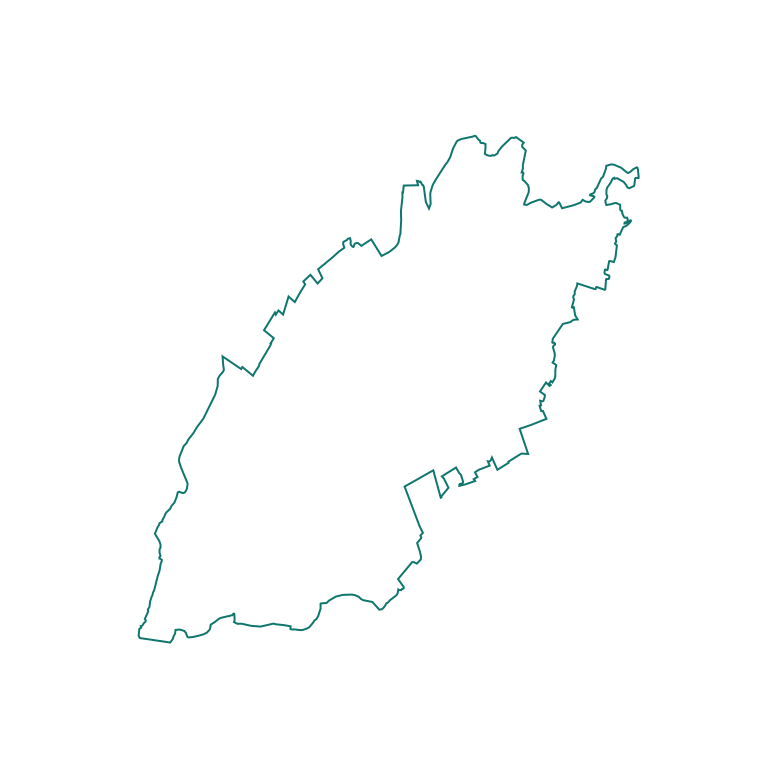 the district of Pasareni, Mures, Romania, rotated 77°
{"feature_id": "2599482B7077301459992", "entity_name": "Pasareni", "entity_type": "district", "adm_level": 2, "iso_a3": "ROU", "parent_name": "Romania", "parent_adm1": "Mures", "projection": "robinson", "projection_center": [24.7, 46.483], "detail": "fine", "context": "isolated", "style": "outline", "palette": "teal", "viewbox_px": 768, "rotation_deg": 77, "n_neighbors": 0, "source": "geoboundaries", "source_scale": "gbopen_adm2", "svg_char_len": 6152}
<svg xmlns="http://www.w3.org/2000/svg" viewBox="0 0 768 768"><g transform="rotate(77 384 384)"><path d="M587.8,650.5L584.9,647.1L582.4,645.7L580.3,643.8L576.7,642.4L577.3,638.3L579.7,634.1L582.0,633.0L586.1,632.4L586.9,631.7L587.5,627.7L587.6,621.8L587.3,616.4L586.5,612.7L584.3,609.3L582.8,608.3L579.5,607.0L578.0,602.7L575.6,597.5L575.2,595.6L575.1,587.9L575.4,587.1L575.0,585.2L575.2,583.9L573.9,582.2L574.3,581.6L578.7,582.3L581.5,583.1L582.3,583.7L584.7,580.7L585.5,576.8L589.9,567.5L592.6,558.8L592.6,545.6L593.8,543.4L596.4,535.8L599.1,529.5L601.7,530.3L602.5,528.8L603.2,525.7L604.9,521.2L605.4,518.9L605.0,514.7L604.2,511.5L600.5,506.7L598.8,505.0L597.9,502.8L595.1,500.2L588.7,496.4L583.8,495.2L583.6,494.8L584.4,489.3L582.6,486.1L580.3,478.7L580.2,472.1L580.5,470.0L582.0,462.6L583.2,459.9L585.6,456.5L588.2,454.9L589.9,453.0L593.8,444.3L602.9,439.3L603.0,437.3L602.3,435.3L600.4,432.9L598.4,431.2L597.8,429.3L595.9,426.6L592.8,419.7L591.2,417.9L587.5,416.3L588.1,415.9L588.7,413.5L587.9,412.7L587.7,411.0L586.4,410.4L577.2,414.2L563.8,396.5L564.5,394.7L566.4,392.4L563.3,387.7L560.8,386.8L555.7,386.7L546.4,387.5L542.6,382.5L541.9,382.2L539.8,382.6L537.8,379.6L530.6,381.3L488.6,387.0L479.2,355.4L507.5,354.3L507.3,353.6L506.6,353.7L499.6,344.5L489.3,347.0L487.0,348.4L481.6,332.6L487.8,330.7L489.8,329.5L496.9,328.9L497.7,329.1L498.6,330.4L498.4,332.5L498.8,333.1L500.2,333.5L500.1,327.0L499.0,317.0L496.9,318.0L495.6,313.8L490.5,315.2L488.9,310.9L487.3,299.4L482.7,300.2L483.2,298.8L482.9,298.0L482.2,297.0L479.9,295.4L493.1,292.8L488.8,280.3L487.7,280.3L482.7,265.8L484.6,259.3L458.2,261.9L457.0,250.3L454.5,233.6L446.1,235.2L445.8,236.9L440.1,237.3L440.1,235.8L435.5,235.6L436.5,233.7L436.3,232.5L433.2,230.5L430.9,229.7L426.4,233.7L419.0,225.8L423.1,223.2L422.5,221.8L420.7,223.0L418.7,220.7L420.3,219.6L417.2,216.5L415.0,215.4L408.3,213.7L404.2,211.9L401.1,214.9L399.4,213.2L394.9,211.2L392.6,210.8L386.1,211.1L384.7,210.1L384.0,208.5L383.3,208.3L382.1,208.8L381.9,210.2L381.4,210.7L377.8,209.3L365.7,196.2L365.6,188.3L364.6,186.5L364.1,184.6L364.7,180.8L360.2,182.3L352.3,181.8L351.8,181.9L352.1,183.3L351.6,183.7L344.4,179.9L342.1,180.1L341.0,179.7L339.5,178.0L336.6,177.3L331.8,173.8L329.5,173.0L339.1,157.0L339.0,156.4L337.5,155.6L337.3,155.0L341.9,147.7L341.4,147.0L332.2,144.2L331.7,143.7L332.2,141.7L332.0,141.1L329.7,140.1L329.0,140.3L326.5,143.9L325.6,144.2L322.5,143.2L322.2,142.6L323.2,141.1L322.8,140.4L315.0,137.0L314.9,136.4L315.3,135.5L316.9,132.7L312.7,130.0L301.4,125.9L299.7,127.2L299.0,127.3L298.4,126.4L297.1,125.6L293.9,125.5L292.4,123.5L290.7,122.9L290.7,121.9L291.6,120.8L284.9,115.6L284.4,112.2L282.1,108.1L280.6,106.6L280.1,106.7L279.9,107.3L281.7,111.8L281.9,112.9L281.7,113.6L280.8,113.2L280.7,110.9L280.1,110.3L278.9,109.6L277.7,109.6L276.6,109.7L276.1,112.0L275.3,112.6L271.3,113.5L270.6,113.2L268.6,113.3L268.3,114.2L267.3,114.6L262.5,113.6L260.0,116.8L259.6,118.3L259.9,122.3L259.6,127.1L256.6,127.3L255.0,127.0L253.4,125.2L251.3,124.2L249.0,124.6L245.0,123.6L242.7,122.2L239.0,118.0L235.4,115.1L234.9,113.3L235.9,113.1L235.9,110.6L240.9,105.1L244.1,103.5L247.2,102.5L248.0,101.8L248.4,101.0L247.3,95.9L246.4,95.3L240.3,93.1L239.8,92.2L240.6,89.7L239.6,89.3L232.0,88.3L230.5,88.4L229.7,89.0L231.0,93.3L232.7,96.2L233.3,98.6L232.8,99.5L226.5,104.4L222.0,110.7L221.1,113.2L221.4,118.3L224.1,119.3L231.4,124.0L232.6,126.2L240.9,132.6L241.9,134.4L244.4,135.8L245.2,137.1L245.7,140.4L246.5,140.8L248.2,137.4L248.9,136.9L249.8,137.6L252.7,142.3L252.8,143.4L251.3,146.9L249.2,149.0L251.3,151.4L251.9,154.7L252.5,159.9L252.8,170.9L246.5,172.5L246.2,173.0L248.3,175.7L249.8,180.5L245.4,184.9L240.1,189.3L239.5,190.3L239.4,192.0L240.5,200.7L241.4,203.3L241.5,205.0L240.8,207.0L239.7,206.8L229.6,199.8L225.9,198.8L222.7,198.9L217.8,201.5L216.4,202.9L212.2,202.1L210.2,200.7L209.2,201.0L208.9,202.3L205.3,200.2L202.0,199.5L188.4,193.3L184.0,196.0L181.9,195.5L180.3,193.5L173.2,199.7L173.1,200.2L173.6,201.7L172.8,203.7L172.9,205.2L179.3,215.8L182.8,220.1L185.0,221.7L186.0,224.7L186.1,225.5L185.4,226.9L185.8,228.4L184.8,231.2L182.9,233.7L182.3,233.9L176.8,232.0L173.0,231.1L171.4,233.4L171.1,235.0L170.5,235.7L168.5,235.8L167.4,236.8L163.0,238.9L162.6,239.5L162.9,242.2L162.7,253.1L163.2,256.5L163.6,257.9L164.3,258.8L170.4,264.0L177.8,268.4L182.0,272.2L184.1,274.9L196.9,288.0L201.2,291.9L207.3,295.4L209.3,296.2L219.2,298.1L223.1,300.7L216.0,302.3L201.1,300.9L199.2,301.1L198.9,301.8L195.0,302.9L195.1,303.8L194.1,304.8L193.5,306.2L198.0,306.1L195.1,320.1L201.7,322.4L201.5,323.0L206.5,324.1L219.0,328.5L228.6,330.5L241.5,334.3L243.2,335.4L249.1,337.9L251.6,340.1L253.3,342.4L256.6,349.4L258.7,357.6L240.2,363.9L244.3,375.0L241.0,377.5L240.5,378.7L240.6,380.3L241.0,381.2L243.5,382.7L243.6,383.1L242.7,384.1L241.1,384.9L239.5,385.0L237.5,384.3L234.3,384.2L234.3,386.4L235.4,387.8L236.4,391.6L238.3,392.3L242.3,392.0L244.8,398.0L248.9,405.4L257.4,422.4L267.1,420.2L271.2,426.1L261.1,431.1L265.9,439.5L269.2,438.4L276.0,445.2L284.1,452.5L277.3,457.3L293.6,466.7L288.6,470.3L292.1,473.8L289.8,474.2L304.6,488.8L314.6,481.1L319.0,485.4L319.4,485.0L321.5,486.6L336.3,500.8L338.3,501.7L343.4,507.1L346.5,509.8L335.6,518.2L337.3,519.8L320.8,535.1L329.9,536.5L334.1,536.8L335.9,538.1L338.9,542.3L341.7,544.8L348.5,546.5L356.4,550.9L377.2,567.9L384.2,576.2L389.2,581.0L394.2,587.3L397.2,589.7L399.3,593.0L408.3,599.3L411.4,600.7L413.6,601.1L419.6,600.6L436.4,597.8L438.0,598.1L441.8,599.7L443.9,601.4L444.8,602.5L445.1,603.6L444.8,605.0L442.9,607.9L443.2,609.3L448.0,611.8L452.5,615.0L454.9,618.4L457.6,620.5L460.3,625.2L462.5,627.1L463.4,627.5L466.6,630.5L468.0,630.9L469.1,634.0L470.7,634.9L472.7,636.9L478.3,640.9L486.6,638.2L490.7,637.9L493.5,638.8L494.7,639.9L498.1,640.7L500.8,640.4L501.6,640.7L501.9,641.6L503.6,642.1L503.9,641.3L505.5,640.0L506.5,640.4L509.2,642.2L515.4,644.7L520.3,647.7L533.2,654.3L535.4,656.1L537.8,657.2L539.0,658.3L543.3,660.8L548.5,662.7L550.6,664.8L552.6,664.9L558.6,669.5L559.4,669.9L560.3,669.4L561.2,669.4L562.1,670.0L562.6,671.3L564.7,673.5L565.3,674.6L565.2,675.5L566.8,675.5L567.6,677.5L574.0,679.7L576.6,679.1L587.8,650.5Z" fill="none" stroke="#0f766e" stroke-width="2"/></g></svg>